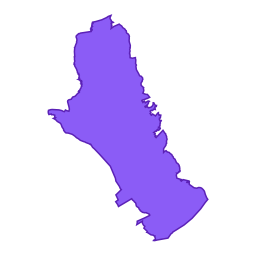 the district of Murgasi, Dolj, Romania
{"feature_id": "2599482B65380015687406", "entity_name": "Murgasi", "entity_type": "district", "adm_level": 2, "iso_a3": "ROU", "parent_name": "Romania", "parent_adm1": "Dolj", "projection": "equal_earth", "projection_center": [23.828, 44.555], "detail": "fine", "context": "isolated", "style": "filled", "palette": "violet", "viewbox_px": 256, "rotation_deg": 0, "n_neighbors": 0, "source": "geoboundaries", "source_scale": "gbopen_adm2", "svg_char_len": 5693}
<svg xmlns="http://www.w3.org/2000/svg" viewBox="0 0 256 256"><path d="M153.5,240.5L154.7,240.6L157.2,240.0L168.0,238.1L170.9,233.9L172.4,232.8L172.9,232.0L184.2,224.9L192.1,218.3L200.7,208.8L205.3,202.4L207.8,199.4L206.6,197.6L205.3,194.4L204.4,191.2L203.2,189.6L201.6,188.1L200.3,187.6L198.6,187.5L196.8,188.2L194.1,187.8L189.3,184.4L189.2,182.6L186.9,182.4L187.1,181.9L188.5,182.1L188.6,181.8L189.3,181.9L189.4,181.4L189.1,181.0L183.1,179.6L182.6,180.3L182.0,180.3L181.5,181.1L180.6,180.6L181.2,179.5L176.9,178.2L176.3,175.4L176.6,174.0L176.9,173.5L177.2,173.4L177.0,173.2L177.5,173.2L178.7,172.1L179.6,171.8L179.8,171.5L179.4,171.3L180.1,170.8L179.7,169.6L179.8,168.4L179.6,168.0L179.7,167.0L179.2,166.3L179.2,165.4L178.0,163.7L176.5,162.7L175.0,159.2L173.7,158.3L173.0,156.5L172.3,155.9L171.8,154.6L169.9,153.3L169.4,152.5L167.2,151.9L166.1,150.7L164.7,151.3L163.6,152.4L163.6,148.7L165.9,145.3L166.0,144.2L166.6,143.4L166.4,143.0L166.6,142.1L166.4,141.1L167.1,139.2L166.6,137.7L166.6,136.5L165.7,134.5L165.6,133.7L164.9,133.2L163.0,130.3L156.1,137.6L155.1,136.7L155.0,136.4L155.8,135.6L154.5,134.5L155.2,133.6L155.0,133.2L153.7,132.5L155.5,131.1L156.3,131.3L156.9,130.7L156.7,130.5L156.8,130.2L157.5,129.5L158.7,130.3L160.3,128.6L160.0,127.8L158.5,127.9L158.5,127.2L159.2,127.1L159.8,126.4L159.7,125.5L160.1,125.2L159.9,123.8L160.4,123.1L160.2,122.1L161.3,120.7L161.2,120.5L159.9,120.6L159.4,119.5L159.6,119.2L159.4,118.2L160.3,117.9L160.3,117.5L160.6,116.9L160.5,115.6L160.8,115.2L159.8,114.9L159.1,115.3L158.4,113.7L158.4,112.7L157.8,113.0L155.5,115.9L152.6,114.0L151.8,114.9L151.3,115.2L150.1,113.5L151.0,112.9L150.7,112.0L150.1,111.3L150.2,111.0L151.3,110.3L152.6,110.5L153.0,110.1L153.5,109.2L155.3,109.5L154.8,107.1L156.3,106.5L156.5,105.5L155.7,105.5L155.2,105.1L154.8,104.7L153.8,102.8L153.3,102.7L153.1,102.8L153.2,103.3L153.1,104.5L152.8,105.2L152.0,106.4L151.1,107.1L148.7,107.8L148.0,107.5L147.6,106.8L146.2,107.0L145.6,106.8L145.3,107.1L145.0,106.4L146.2,105.9L146.6,105.2L147.4,105.2L147.9,104.0L148.4,103.2L148.5,102.0L149.3,101.3L148.7,101.0L147.6,101.2L145.3,102.8L144.5,101.2L143.3,101.7L143.2,101.9L143.4,102.0L142.9,102.5L141.9,100.8L141.9,100.4L142.9,99.9L145.5,99.1L146.4,98.5L146.8,98.7L149.7,97.3L147.4,94.4L146.4,94.4L144.7,94.0L142.9,93.1L143.2,92.7L143.3,92.0L143.6,91.2L143.8,90.3L143.4,88.3L143.7,87.7L141.2,85.4L141.0,83.5L141.3,82.5L142.0,81.7L142.0,81.4L142.3,81.0L142.3,80.3L142.8,79.5L142.6,78.8L142.7,78.1L141.3,76.3L140.0,76.0L139.4,75.3L138.6,73.6L136.4,69.7L135.9,66.0L136.4,65.1L135.6,63.7L135.8,59.9L135.4,58.5L135.4,57.6L132.4,58.2L130.1,57.7L130.0,54.9L129.8,54.3L129.6,54.0L129.8,53.8L129.5,53.0L129.8,52.2L129.7,51.9L130.0,51.6L129.9,51.1L130.0,50.4L129.7,49.4L130.2,48.0L130.0,47.8L130.2,47.6L130.1,47.3L130.3,46.4L130.3,45.3L129.4,42.3L129.2,41.3L129.1,39.7L129.3,39.1L129.2,37.4L129.4,36.3L128.9,35.0L128.1,33.9L126.9,33.2L126.4,32.5L126.4,31.5L126.2,30.7L125.6,30.3L124.8,29.0L122.7,27.6L121.7,26.0L119.8,24.7L119.2,24.1L113.8,26.5L111.2,28.4L111.8,25.6L111.4,25.7L111.5,24.7L111.1,23.3L113.3,22.4L112.7,21.9L111.4,21.6L111.3,21.3L111.5,21.1L111.4,20.7L110.1,18.7L110.0,17.9L110.4,16.6L110.7,16.2L111.0,15.4L108.3,16.4L106.5,17.6L101.8,19.8L95.9,21.5L92.5,22.2L92.4,22.3L92.6,22.8L93.1,23.0L92.9,23.6L92.1,23.6L91.9,24.1L92.1,25.2L91.8,25.5L91.7,26.1L92.3,26.4L91.8,26.8L91.8,27.3L91.3,27.4L90.9,28.2L90.9,28.4L91.6,28.3L91.5,28.8L91.2,28.9L92.0,29.5L91.8,29.7L91.3,29.7L91.9,30.3L91.7,30.5L90.9,30.5L91.1,31.5L81.7,32.9L80.3,33.1L79.6,33.6L78.7,33.6L77.0,35.1L76.2,36.0L76.1,37.0L76.8,38.9L76.9,39.6L76.9,40.5L76.5,42.0L76.7,42.8L76.4,43.2L75.4,45.5L75.3,46.5L74.5,47.5L74.7,48.1L74.4,51.6L74.7,55.7L74.5,56.4L74.7,56.7L74.3,56.9L74.5,58.0L74.5,60.0L74.8,61.0L74.7,61.5L74.2,62.8L74.1,63.2L74.3,63.3L74.5,63.9L74.2,64.2L74.6,64.4L74.4,64.8L74.9,66.3L76.4,68.9L77.3,71.4L77.5,72.8L78.1,73.4L78.5,73.4L78.3,74.3L79.0,74.4L79.0,75.6L79.3,76.0L78.9,77.4L79.2,77.6L78.9,78.3L78.9,78.5L79.5,78.4L79.6,78.7L78.8,79.0L79.0,79.4L78.5,79.5L79.4,79.9L79.8,80.3L80.2,80.1L80.9,80.5L80.9,80.8L81.5,80.7L81.7,81.1L80.8,81.7L81.0,81.9L81.7,82.0L81.7,82.3L81.0,82.9L81.7,83.7L81.2,83.9L81.7,84.2L81.7,84.4L81.9,84.6L81.8,84.9L81.4,84.9L81.8,86.1L81.4,86.3L80.9,88.1L80.5,88.8L80.0,89.3L80.0,90.1L78.9,90.7L78.9,91.0L78.4,91.7L78.9,92.1L79.4,92.0L79.4,92.3L77.5,93.6L75.5,95.9L74.9,96.3L72.6,97.1L71.3,99.2L68.8,99.8L67.8,100.6L67.6,101.7L68.9,106.6L69.4,109.1L68.9,111.2L67.1,110.8L65.4,110.0L64.5,111.6L63.3,111.4L61.8,110.6L59.0,109.9L52.3,109.5L50.9,109.6L48.5,110.3L48.2,111.9L48.4,113.3L48.9,114.5L51.3,114.0L51.8,114.8L53.3,114.6L53.7,115.0L54.7,115.1L54.8,115.9L54.7,117.0L54.8,117.3L55.6,117.7L55.2,118.0L54.3,118.0L53.4,118.4L54.2,118.8L56.2,120.2L57.2,121.4L60.3,123.2L61.1,124.3L62.1,127.1L63.5,129.1L63.7,130.4L64.8,131.9L65.9,132.9L68.3,133.1L72.2,134.3L74.7,136.0L76.5,137.7L78.3,138.7L80.3,140.3L83.9,141.7L84.8,141.9L86.0,142.6L89.0,143.7L90.6,144.7L90.8,144.4L92.6,147.3L94.5,149.0L99.4,154.1L110.3,166.2L115.4,178.2L115.9,181.1L119.3,186.2L120.4,188.7L121.3,189.6L115.9,194.9L118.2,199.9L115.7,201.7L117.7,204.6L118.5,206.5L131.7,198.7L132.4,199.9L133.7,200.9L134.6,202.1L135.4,202.6L135.8,203.4L136.3,205.9L137.0,206.7L138.6,207.7L139.2,209.2L140.2,210.2L140.2,210.6L142.5,212.3L144.8,212.8L145.0,212.7L146.4,212.7L146.6,213.0L148.1,213.5L148.6,214.0L149.3,214.1L149.8,215.1L149.5,215.5L144.2,218.1L137.2,221.2L137.2,223.0L136.8,224.6L142.4,221.2L142.3,222.6L142.5,223.4L143.6,225.3L144.8,226.3L143.9,228.2L147.3,231.4L147.4,231.8L146.9,232.3L147.3,232.4L150.9,234.8L153.3,235.2L154.3,236.1L154.9,236.1L154.8,236.8L155.2,238.0L155.4,239.2L155.1,239.6L153.6,240.3L153.5,240.5Z" fill="#8b5cf6" stroke="#5b21b6" stroke-width="1.5"/></svg>